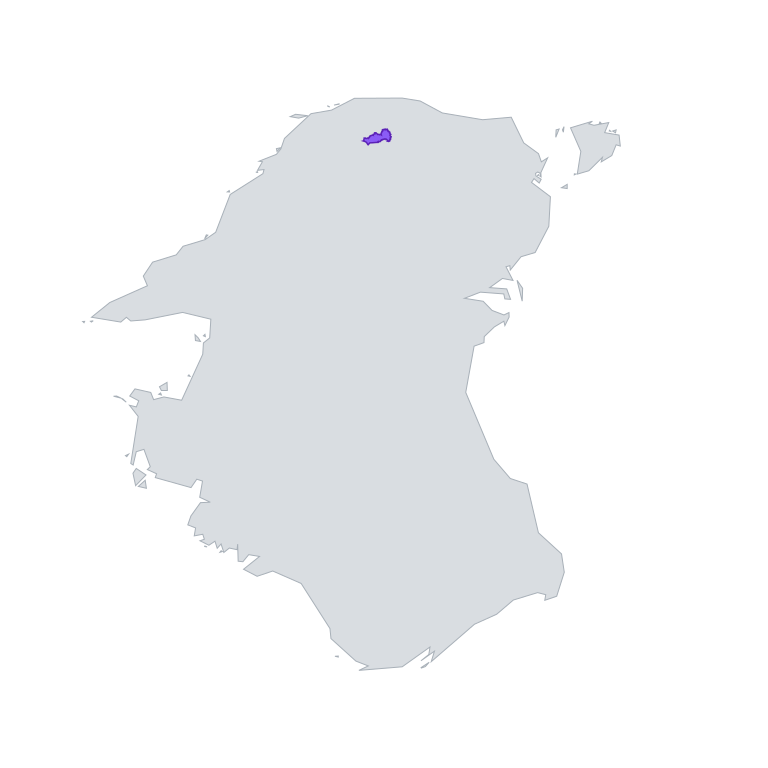 Gwydir, New South Wales, Australia (highlighted), rotated 258°
{"feature_id": "25037944B33520850609711", "entity_name": "Gwydir", "entity_type": "district", "adm_level": 2, "iso_a3": "AUS", "parent_name": "Australia", "parent_adm1": "New South Wales", "projection": "natural_earth1", "projection_center": [150.613, -29.498], "detail": "fine", "context": "in_parent", "style": "filled", "palette": "violet", "viewbox_px": 768, "rotation_deg": 258, "n_neighbors": 0, "source": "geoboundaries", "source_scale": "gbopen_adm2", "svg_char_len": 7476}
<svg xmlns="http://www.w3.org/2000/svg" viewBox="0 0 768 768"><g transform="rotate(258 384 384)"><path d="M520.7,132.7L529.3,173.0L539.6,171.0L551.3,183.0L553.5,207.6L560.5,216.1L562.4,239.0L567.4,250.9L601.4,273.0L614.9,309.3L618.7,311.2L619.3,304.7L626.7,311.3L627.9,308.1L631.0,326.5L635.4,332.0L644.9,337.7L663.6,368.8L662.8,389.6L669.6,414.5L659.9,461.2L653.3,478.2L637.0,497.4L622.0,535.4L618.5,563.9L590.8,570.8L577.2,583.0L568.6,584.1L571.2,591.1L557.5,580.9L559.4,578.5L558.5,576.0L556.0,575.9L551.6,580.3L548.3,577.6L553.7,573.4L550.5,570.2L532.6,585.7L504.0,578.0L481.2,559.2L480.0,544.5L469.2,531.2L473.6,531.7L473.3,527.7L458.5,531.7L462.6,521.8L456.3,507.4L451.5,523.8L440.5,525.4L442.1,519.9L447.2,519.9L453.8,497.4L451.1,480.5L444.3,498.2L433.5,505.0L426.6,515.7L427.9,521.1L423.5,520.3L416.0,514.4L420.5,514.3L416.9,503.8L409.5,491.9L403.7,490.4L402.3,480.0L358.8,462.2L287.5,475.8L265.3,487.9L256.4,503.1L206.4,504.1L180.9,522.3L162.4,521.2L140.5,508.8L139.0,496.3L144.3,498.4L148.0,490.9L145.8,465.6L135.4,446.4L130.2,422.5L102.6,372.5L112.2,377.8L105.6,362.6L110.1,371.6L117.2,374.3L103.6,343.0L109.1,299.9L111.5,310.0L118.8,298.9L146.0,279.2L156.0,280.3L206.1,261.5L224.2,236.3L222.3,219.9L232.0,208.1L241.2,226.4L245.2,216.2L239.5,209.0L241.0,204.5L257.8,207.6L252.5,205.8L255.7,198.6L252.5,192.3L261.4,191.4L258.0,186.7L265.4,186.0L262.7,179.2L268.9,171.4L269.5,176.0L274.7,175.5L274.9,166.8L282.4,169.8L287.0,162.8L295.1,167.7L306.1,179.8L304.5,189.5L311.5,180.2L326.8,186.3L329.8,181.1L322.8,173.7L340.0,140.8L343.5,142.9L349.5,134.7L351.7,138.2L370.0,135.6L369.3,127.6L356.9,121.8L358.9,119.8L403.4,136.8L416.1,130.6L413.1,137.0L418.6,140.6L425.1,132.8L431.0,139.4L424.2,154.1L416.6,155.4L417.1,166.0L410.2,182.7L450.8,212.9L461.7,215.9L465.3,223.1L483.4,228.1L495.9,201.9L496.4,163.7L498.3,149.4L502.8,145.9L499.3,139.4L510.1,111.8L520.7,132.7ZM549.1,616.7L570.6,624.9L595.8,619.7L597.7,642.5L595.9,638.4L593.4,643.2L593.0,658.2L584.0,652.1L578.6,665.7L567.6,664.6L569.7,660.8L560.1,654.3L556.1,642.7L560.3,644.8L550.0,628.7L549.1,616.7ZM336.2,119.9L348.9,119.9L352.9,124.1L344.5,132.3L336.2,119.9ZM436.3,536.4L457.8,535.7L448.8,539.5L436.3,536.4ZM428.0,163.8L430.7,172.1L422.7,170.7L423.9,164.9L428.0,163.8ZM662.3,365.2L661.8,355.8L665.0,347.9L666.2,353.6L662.3,365.2ZM589.6,603.3L596.8,605.2L597.0,608.3L589.6,603.3ZM334.9,122.4L339.5,130.4L331.4,129.9L334.9,122.4ZM541.2,604.7L537.1,603.8L539.1,598.4L541.2,604.7ZM471.5,209.4L467.7,211.9L463.8,213.3L465.7,208.6L471.5,209.4ZM102.4,370.3L99.0,365.7L98.4,361.5L98.9,361.3L102.4,370.3ZM595.5,611.4L598.3,613.6L593.0,611.8L595.5,611.4ZM633.7,327.7L636.6,327.7L636.6,331.8L633.7,327.7ZM563.3,238.7L566.8,241.2L566.2,242.6L563.3,238.7ZM583.9,660.2L584.3,663.9L581.6,662.7L583.9,660.2ZM667.2,393.1L667.4,398.3L667.0,398.2L667.2,393.1ZM368.5,119.6L366.4,117.3L367.7,116.2L368.5,119.6ZM427.8,120.0L424.7,124.1L428.3,116.9L427.8,120.0ZM667.7,386.9L666.2,388.6L667.2,386.8L667.7,386.9ZM433.5,195.1L431.8,195.9L432.7,194.0L433.5,195.1ZM421.7,163.6L419.5,164.0L420.8,161.5L421.7,163.6ZM127.9,279.4L127.4,282.7L126.4,282.5L127.9,279.4ZM506.4,109.9L506.3,112.7L505.4,110.7L506.4,109.9ZM556.1,577.2L556.7,578.9L555.9,578.4L556.1,577.2ZM423.9,125.3L419.8,128.1L424.1,124.5L423.9,125.3ZM262.8,175.1L261.4,177.1L262.3,174.8L262.8,175.1ZM585.3,657.5L584.0,658.2L584.7,656.9L585.3,657.5ZM469.8,219.2L467.5,219.1L468.7,217.4L469.8,219.2ZM254.8,190.0L253.7,191.0L253.5,188.5L254.8,190.0ZM595.4,649.7L593.6,650.8L594.2,648.8L595.4,649.7ZM507.8,102.3L507.5,104.2L506.3,103.3L507.8,102.3ZM555.1,579.6L557.0,581.2L553.9,580.7L555.1,579.6ZM605.4,272.8L603.9,272.9L604.5,270.7L605.4,272.8ZM618.0,304.4L617.2,304.4L617.8,302.7L618.0,304.4ZM550.0,613.9L549.5,615.3L549.0,613.6L550.0,613.9Z" fill="#d9dde1" stroke="#a8b0b8" stroke-width="1"/><path d="M625.9,414.5L625.1,415.9L624.0,417.1L621.5,418.0L621.3,418.2L622.8,420.3L622.7,420.9L622.7,421.1L622.7,421.3L622.5,422.0L621.8,427.4L621.7,427.5L621.7,427.9L621.6,428.4L621.9,428.4L622.0,428.3L622.1,428.2L622.3,428.5L622.1,428.5L621.9,428.8L622.2,429.0L622.1,429.3L622.0,429.8L621.9,430.5L622.2,431.0L622.3,431.2L622.4,431.3L622.5,431.2L622.6,431.4L622.9,431.5L623.0,431.8L623.0,432.0L623.2,432.3L623.4,432.4L623.4,432.6L623.2,432.7L623.3,432.8L623.3,433.0L623.2,433.4L623.3,433.5L623.4,433.9L623.5,433.9L623.5,434.0L623.4,434.0L623.4,434.3L623.3,434.6L623.3,434.8L623.5,435.0L623.6,435.4L623.4,435.6L623.4,435.9L623.4,436.0L623.3,436.4L623.3,436.8L623.2,436.8L622.8,436.8L622.7,436.8L622.7,437.0L622.5,437.3L622.3,437.4L621.9,438.0L621.7,438.1L621.5,438.3L621.3,438.4L621.2,438.4L620.9,438.1L620.9,438.3L620.7,438.3L620.5,438.5L620.4,438.6L620.3,439.0L620.3,439.3L620.4,439.6L620.5,439.7L620.5,439.9L620.6,440.2L621.0,440.3L621.2,440.5L621.3,440.5L621.5,440.5L621.5,440.3L621.8,440.5L621.7,440.6L621.8,440.8L622.1,441.3L622.3,441.2L622.7,441.0L622.9,441.1L623.5,441.3L623.4,441.7L623.9,441.8L623.8,442.0L624.0,442.1L624.3,442.1L624.3,442.3L624.5,442.4L624.8,442.1L625.1,441.8L625.3,441.7L625.6,441.4L625.6,441.2L625.7,441.4L625.9,441.4L626.2,441.6L626.4,441.8L626.4,442.1L626.5,442.2L626.7,442.4L626.8,442.2L627.1,442.1L627.3,442.0L627.3,441.9L627.5,441.9L627.8,442.0L627.8,441.9L627.9,441.7L627.9,441.8L628.0,441.8L628.3,441.6L628.5,441.7L628.7,441.8L628.8,441.7L629.0,441.6L629.0,441.8L629.3,441.9L629.4,441.7L629.5,441.6L629.8,441.3L630.1,441.3L630.2,441.0L630.2,440.8L630.5,440.8L630.5,440.7L630.6,440.4L630.8,440.3L631.0,440.4L631.5,440.4L631.7,440.1L632.0,440.1L632.2,440.3L632.6,440.1L632.5,439.9L632.4,439.8L632.4,439.5L632.5,439.5L632.6,439.4L632.6,439.2L632.7,438.9L632.5,438.7L632.4,438.5L632.4,438.3L632.4,438.2L633.0,438.3L633.1,438.2L633.0,437.9L633.0,437.5L633.1,437.3L633.1,437.2L632.9,437.2L632.8,436.9L632.8,436.7L632.8,436.3L632.9,436.2L632.8,435.9L633.0,436.1L633.1,435.8L633.0,435.5L632.8,435.5L632.8,435.3L632.7,435.3L632.6,435.2L632.5,435.3L632.4,435.3L632.1,435.3L631.9,435.3L631.9,435.2L631.6,435.1L631.5,434.9L631.4,434.8L631.4,434.6L631.3,434.4L631.2,434.4L631.1,434.2L630.9,434.2L630.7,434.1L630.4,434.0L630.3,433.8L630.3,433.7L630.1,433.4L629.9,433.3L629.6,433.4L629.4,433.2L629.2,433.2L628.8,433.1L628.7,433.2L628.2,433.2L628.3,433.1L628.5,433.0L628.5,432.9L628.6,432.7L628.7,432.4L628.7,432.1L628.8,432.1L628.8,431.9L628.8,431.7L628.7,431.6L628.9,431.4L629.1,431.2L629.1,430.9L629.3,430.8L629.3,430.6L629.4,429.7L629.5,429.7L629.8,429.6L630.4,429.0L630.7,428.8L631.1,428.7L631.1,428.3L631.2,428.1L631.2,427.8L631.5,427.8L631.6,427.1L631.4,427.1L631.0,427.0L630.7,427.0L630.8,426.8L630.6,426.7L630.6,426.4L630.6,426.2L630.3,425.8L630.3,425.7L630.3,425.4L630.1,425.4L630.0,425.1L629.9,425.1L630.0,425.0L629.9,424.9L629.8,424.7L629.7,424.6L629.7,424.4L629.7,424.2L629.8,423.8L629.8,423.6L629.7,423.5L629.7,423.3L629.7,423.0L629.6,422.9L629.7,422.6L629.6,422.3L629.4,422.2L629.3,421.9L629.2,421.8L629.3,421.8L629.3,421.7L629.1,421.7L628.9,421.6L628.8,421.4L628.7,421.4L628.5,421.2L628.3,421.0L628.2,420.9L628.0,420.7L627.9,420.5L628.0,420.4L627.9,420.3L628.0,420.3L627.9,420.2L627.8,420.3L627.7,420.1L627.8,419.9L627.7,419.8L627.8,419.6L627.9,419.2L628.0,419.1L627.8,418.8L627.8,418.7L627.7,418.5L627.7,418.2L628.0,417.5L628.0,417.2L628.2,416.9L628.3,416.9L628.4,416.7L628.6,416.6L628.5,416.4L628.6,415.7L628.4,415.7L628.2,415.6L627.8,415.5L627.6,415.4L627.6,415.5L627.6,415.4L627.4,415.2L627.2,415.1L626.9,415.1L626.7,415.1L626.6,414.9L626.4,414.6L626.1,414.7L625.9,414.6L625.9,414.5Z" fill="#8b5cf6" stroke="#5b21b6" stroke-width="1.5"/></g></svg>